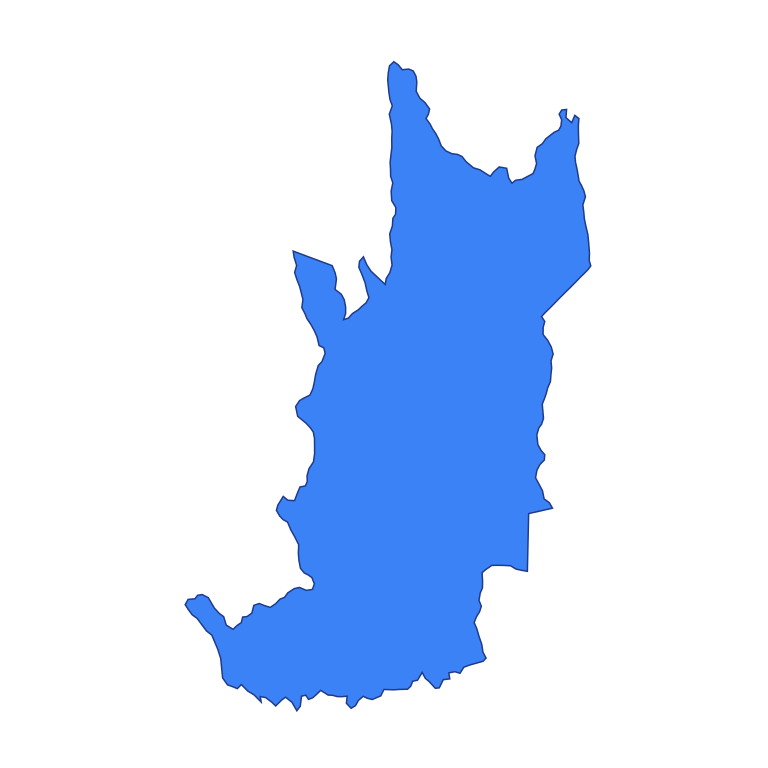 the district of Maiquinique, Bahia, Brazil, rotated 355°
{"feature_id": "56859067B35970304488372", "entity_name": "Maiquinique", "entity_type": "district", "adm_level": 2, "iso_a3": "BRA", "parent_name": "Brazil", "parent_adm1": "Bahia", "projection": "equal_earth", "projection_center": [-40.278, -15.65], "detail": "fine", "context": "isolated", "style": "filled", "palette": "blue", "viewbox_px": 768, "rotation_deg": 355, "n_neighbors": 0, "source": "geoboundaries", "source_scale": "gbopen_adm2", "svg_char_len": 4299}
<svg xmlns="http://www.w3.org/2000/svg" viewBox="0 0 768 768"><g transform="rotate(355 384 384)"><path d="M597.5,133.0L593.8,140.0L588.5,134.6L589.8,126.4L585.0,126.5L582.0,130.4L584.0,136.3L582.7,142.6L580.1,146.4L575.4,148.1L570.9,151.0L566.6,153.8L562.7,158.4L557.2,161.6L554.3,169.8L555.2,177.8L553.1,183.0L550.9,187.3L546.0,189.4L539.3,192.2L532.9,192.5L529.0,195.1L526.2,189.9L525.0,179.8L517.7,177.8L511.6,182.4L508.0,186.4L504.1,183.5L498.3,179.0L491.9,176.4L485.0,169.5L481.6,164.2L477.3,161.7L471.7,160.5L465.9,157.1L461.8,151.8L459.7,144.6L457.5,139.2L454.5,133.9L452.6,129.1L449.0,123.2L451.7,119.2L453.4,114.0L449.4,107.3L444.6,102.4L441.6,95.2L443.0,86.0L442.7,80.2L440.4,74.7L436.1,72.4L429.6,72.5L426.0,67.3L421.9,63.8L417.2,67.5L415.4,74.2L414.2,81.4L414.3,94.1L414.8,101.3L416.5,107.6L412.8,115.7L414.1,125.8L414.1,133.1L413.1,140.2L412.4,149.2L410.7,157.3L409.4,163.7L409.2,170.6L408.7,177.6L410.3,184.4L407.9,192.5L407.7,202.1L411.2,209.3L410.3,215.9L407.3,219.7L406.1,227.4L402.8,234.9L402.8,242.8L403.6,250.9L402.1,258.1L402.4,266.2L399.5,273.6L395.4,279.1L393.9,284.9L389.9,280.6L384.7,274.7L380.9,270.5L377.2,263.6L374.6,255.5L370.3,259.6L369.1,265.5L371.4,272.5L374.0,281.5L375.0,289.6L376.5,296.7L373.2,301.6L369.3,304.3L364.6,308.0L358.8,311.0L354.3,315.2L349.3,316.4L351.9,310.6L352.5,304.0L351.7,296.5L349.3,290.9L343.5,285.5L345.8,275.1L345.0,269.0L342.7,261.6L305.1,243.7L305.5,250.0L307.3,258.3L304.7,265.1L306.3,272.2L308.5,279.7L310.6,292.7L308.8,300.7L311.3,306.8L313.0,312.3L316.7,319.0L319.2,324.8L321.4,331.1L322.7,340.1L327.2,342.7L328.0,348.4L324.2,356.2L320.1,359.9L316.7,368.6L314.6,376.6L312.6,382.8L309.2,388.6L302.5,391.2L298.4,393.2L294.0,398.7L295.2,408.7L302.9,416.2L307.0,421.5L309.4,425.8L310.0,432.2L309.4,440.0L308.8,447.4L306.9,455.5L301.9,461.8L299.3,468.8L299.1,474.3L296.8,478.7L291.4,479.2L288.6,484.4L284.7,492.4L278.1,491.4L273.8,487.2L267.7,495.4L265.8,500.5L268.6,506.5L271.8,510.4L275.9,513.2L278.5,521.3L281.5,527.9L285.0,536.6L283.9,545.3L283.9,552.4L284.7,560.3L288.0,565.2L291.7,567.5L295.3,570.6L297.2,577.0L294.8,582.4L288.6,582.8L282.1,579.3L276.8,580.0L269.9,583.7L266.3,587.9L261.7,589.2L256.8,593.5L251.2,596.6L245.3,594.2L240.5,591.8L235.0,593.2L232.4,600.7L227.2,603.8L222.9,603.8L221.0,609.3L216.7,611.7L212.2,615.2L205.8,610.4L204.0,601.8L199.8,598.1L195.4,592.3L192.4,585.9L190.3,581.5L184.5,577.9L180.0,578.2L176.9,581.5L170.1,581.5L166.7,586.5L169.5,591.8L172.8,597.2L177.4,601.2L185.6,614.5L190.6,619.2L195.3,633.8L197.4,643.2L197.6,662.7L201.9,670.1L206.8,672.3L211.3,674.7L215.7,671.0L221.7,678.2L227.5,682.4L233.9,690.1L233.5,684.6L238.8,686.1L244.6,691.3L248.0,695.3L254.3,690.1L258.6,687.4L264.6,693.1L268.7,701.9L272.5,697.7L274.6,687.8L279.0,687.2L281.3,691.6L285.6,690.4L289.4,687.6L294.2,683.7L301.2,689.0L305.6,689.6L310.1,691.3L314.6,691.8L320.1,691.8L318.7,698.8L323.0,704.2L327.6,701.9L330.9,697.0L336.1,693.3L339.7,695.5L344.8,697.3L353.6,694.4L357.3,688.3L367.1,689.5L372.5,689.6L380.9,690.1L384.3,687.4L386.7,682.6L391.6,682.0L396.9,674.7L399.5,680.8L403.1,684.4L408.6,691.6L412.6,691.5L417.3,683.7L423.8,683.5L423.4,677.4L429.6,676.8L434.5,678.8L438.8,673.1L445.0,671.4L458.6,668.8L461.8,665.9L459.2,659.8L458.7,652.0L456.6,643.4L455.1,635.8L453.0,629.5L455.8,624.0L459.4,619.1L461.6,613.9L459.8,607.8L461.6,600.7L464.3,595.7L465.0,589.4L465.3,580.5L469.4,577.6L475.6,574.1L481.3,574.5L487.8,575.2L494.2,576.1L499.4,579.9L505.2,581.7L510.5,583.1L516.8,525.7L541.0,522.4L538.4,516.7L533.5,512.4L532.6,504.3L530.0,498.0L526.8,490.7L528.8,483.3L532.3,477.8L537.1,473.7L538.0,468.4L534.8,464.1L532.0,457.8L531.8,448.0L534.4,441.3L537.5,437.8L539.9,432.1L539.9,425.1L539.9,417.9L542.9,411.9L544.9,407.4L546.7,402.2L550.0,396.1L551.3,388.2L552.4,382.8L552.4,375.5L555.1,368.9L553.9,361.9L550.9,354.8L546.8,348.6L547.5,341.4L549.6,335.7L546.8,330.5L551.3,326.5L555.8,322.8L561.2,318.2L567.2,313.0L573.2,308.0L579.2,303.1L584.8,298.3L589.5,294.2L593.6,290.9L597.0,288.0L600.3,284.4L599.2,278.8L600.1,271.7L600.2,260.9L600.1,252.8L598.8,243.7L598.0,236.9L598.0,230.1L597.7,222.9L601.0,215.1L599.9,208.7L598.0,203.4L596.0,198.9L595.6,193.4L594.9,185.5L594.1,179.8L594.1,173.8L596.4,167.1L599.0,161.4L599.5,152.1L600.1,143.7L601.3,136.5L597.5,133.0Z" fill="#3b82f6" stroke="#1e3a8a" stroke-width="1.5"/></g></svg>